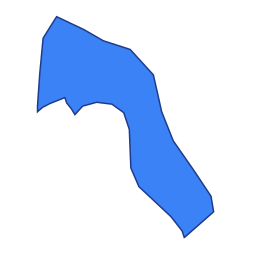 outline of Budva, rotated 7°
{"feature_id": "MNE-1499", "entity_name": "Budva", "entity_type": "Municipality", "adm_level": 1, "iso_a3": "MNE", "parent_name": "Montenegro", "parent_adm1": "", "projection": "equal_earth", "projection_center": [18.879, 42.272], "detail": "fine", "context": "isolated", "style": "filled", "palette": "blue", "viewbox_px": 256, "rotation_deg": 7, "n_neighbors": 0, "source": "natural_earth", "source_scale": "10m", "svg_char_len": 552}
<svg xmlns="http://www.w3.org/2000/svg" viewBox="0 0 256 256"><g transform="rotate(7 128 128)"><path d="M197.2,229.8L194.2,223.5L181.4,210.7L146.0,184.9L135.7,167.3L129.5,129.3L121.9,113.3L109.2,106.3L93.7,106.3L80.3,111.8L73.7,121.2L69.4,115.8L64.1,110.6L61.6,105.5L47.4,113.3L40.7,117.9L36.2,122.9L35.5,117.2L33.8,85.0L32.8,49.2L40.4,32.9L43.6,26.2L72.2,35.7L92.7,44.4L120.6,49.8L146.7,72.2L154.1,92.8L159.4,107.7L174.5,135.3L198.8,162.4L218.7,185.6L223.2,200.7L197.4,229.7L197.2,229.8Z" fill="#3b82f6" stroke="#1e3a8a" stroke-width="1.5"/></g></svg>